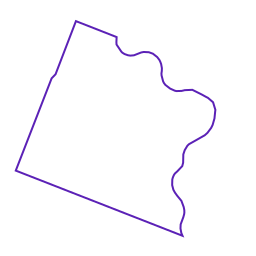 the district of Dakota, Nebraska, United States of America, rotated 21°
{"feature_id": "52423323B32373554543945", "entity_name": "Dakota", "entity_type": "district", "adm_level": 2, "iso_a3": "USA", "parent_name": "United States of America", "parent_adm1": "Nebraska", "projection": "orthographic", "projection_center": [-96.478, 42.401], "detail": "fine", "context": "isolated", "style": "outline", "palette": "violet", "viewbox_px": 256, "rotation_deg": 21, "n_neighbors": 0, "source": "geoboundaries", "source_scale": "gbopen_adm2", "svg_char_len": 977}
<svg xmlns="http://www.w3.org/2000/svg" viewBox="0 0 256 256"><g transform="rotate(21 128 128)"><path d="M174.4,69.3L167.5,72.3L164.7,74.2L159.9,76.2L158.3,76.4L153.2,76.1L147.5,74.4L145.4,73.1L144.0,71.8L140.5,66.9L139.7,65.2L139.1,62.6L138.2,60.0L136.0,56.4L134.3,54.5L132.9,53.2L129.8,51.3L124.6,49.7L120.3,49.8L115.4,51.4L113.2,52.8L107.5,58.0L104.2,59.6L101.9,60.1L98.3,60.2L95.7,59.7L94.4,59.1L87.4,54.2L86.4,52.0L84.8,47.2L41.1,46.9L41.1,103.8L38.9,109.0L38.5,206.4L38.5,208.0L217.5,209.1L215.4,206.9L213.0,203.0L211.7,199.1L211.6,191.4L211.3,188.3L210.9,186.7L210.0,184.5L208.3,181.8L204.0,176.9L198.2,173.6L195.0,171.5L192.5,169.4L189.7,165.5L187.8,160.2L187.6,158.1L187.7,155.5L188.1,153.7L189.6,150.7L192.3,144.1L191.9,140.6L189.1,132.8L188.9,128.3L189.8,123.3L190.7,121.3L202.3,107.2L203.9,104.1L205.6,98.1L205.9,94.8L205.3,88.1L203.3,80.7L203.1,79.8L198.2,73.5L191.8,71.2L189.8,71.0L184.8,70.3L174.4,69.3Z" fill="none" stroke="#5b21b6" stroke-width="2"/></g></svg>